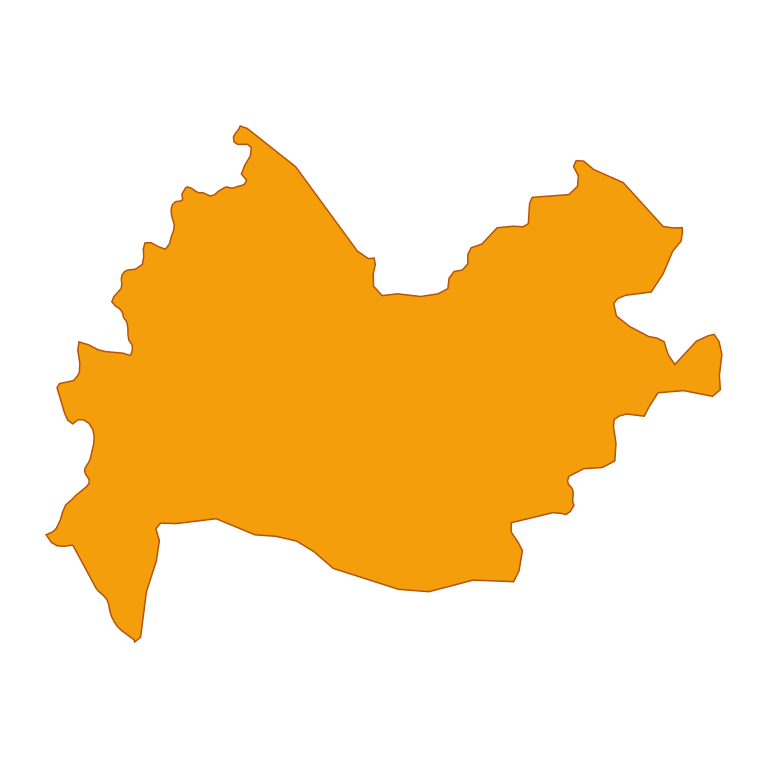 SVG path tracing the border of Kermanshah
{"feature_id": "IRN-3239", "entity_name": "Kermanshah", "entity_type": "Province", "adm_level": 1, "iso_a3": "IRN", "parent_name": "Iran", "parent_adm1": "", "projection": "orthographic", "projection_center": [46.364, 34.459], "detail": "fine", "context": "isolated", "style": "filled", "palette": "amber", "viewbox_px": 768, "rotation_deg": 0, "n_neighbors": 0, "source": "natural_earth", "source_scale": "10m", "svg_char_len": 3036}
<svg xmlns="http://www.w3.org/2000/svg" viewBox="0 0 768 768"><path d="M237.6,144.4L234.0,141.9L233.4,136.9L235.6,133.0L238.8,129.2L240.2,126.0L247.2,128.4L295.7,166.8L357.3,251.0L368.3,258.6L374.2,258.1L375.3,264.7L373.2,273.9L373.6,286.2L382.1,295.6L397.5,293.8L420.7,296.5L438.1,293.8L447.9,288.6L449.0,278.3L454.1,271.5L462.4,270.0L467.8,263.8L467.8,254.7L471.1,247.8L481.8,244.1L497.1,227.8L513.0,226.2L523.1,226.8L528.3,223.7L529.6,203.4L532.2,197.4L568.8,194.6L577.5,186.4L578.3,175.8L573.5,166.6L576.2,160.6L583.7,161.1L593.8,169.6L623.2,182.6L663.2,226.6L674.3,228.0L682.2,227.6L682.4,232.4L681.1,241.1L672.8,251.0L663.0,274.0L651.2,292.0L625.5,295.3L617.4,298.7L613.7,303.6L616.4,316.0L629.5,326.4L648.6,336.5L657.1,338.1L664.1,341.7L668.1,354.6L674.8,364.5L696.4,341.2L708.2,335.8L714.1,334.4L719.1,341.8L721.9,354.5L719.4,375.2L720.3,389.7L712.5,396.3L683.5,390.6L658.0,392.8L648.7,407.4L644.3,416.2L626.5,414.0L619.1,416.1L614.2,419.5L613.5,426.5L616.0,443.4L614.8,460.9L602.3,467.5L583.8,468.7L569.0,476.2L567.5,480.7L568.2,483.7L569.7,485.7L571.5,487.6L572.8,490.1L573.3,493.7L572.7,499.6L573.0,502.9L574.0,505.3L570.3,511.4L565.9,514.6L561.6,513.4L552.8,512.7L511.3,522.7L511.3,532.2L518.5,542.9L522.4,550.7L519.0,570.9L513.6,581.7L473.0,580.1L428.8,591.7L398.4,589.3L333.2,568.4L314.1,551.8L296.7,541.1L275.8,536.3L254.9,534.8L216.1,518.7L175.9,523.6L160.6,523.1L155.8,528.7L159.4,540.6L156.4,560.7L146.4,591.8L140.6,637.1L134.7,642.0L133.8,639.6L121.6,630.6L117.6,626.7L114.1,621.6L111.5,616.5L109.8,610.9L108.7,604.6L106.9,599.4L103.5,595.6L99.5,592.2L96.1,588.3L73.3,546.0L72.8,545.5L72.3,545.3L71.6,545.2L64.0,546.3L57.2,545.8L51.4,542.4L46.1,534.8L51.6,532.4L54.2,530.6L56.3,528.4L60.4,519.8L62.7,511.8L65.7,504.9L72.0,499.4L75.9,495.3L86.4,486.8L89.1,483.3L89.1,479.8L87.6,477.1L85.7,474.4L84.5,470.8L85.1,468.0L88.8,462.1L90.1,459.3L93.6,444.3L94.2,436.5L92.8,429.4L88.9,423.3L83.6,419.8L77.9,419.8L72.7,423.9L67.9,420.3L64.7,413.5L57.0,387.7L59.5,383.6L73.1,380.7L74.9,379.0L76.6,377.1L78.1,374.8L79.4,372.4L79.8,363.1L77.8,350.4L78.9,341.9L88.9,344.9L97.7,349.7L105.6,351.6L123.3,353.2L129.0,355.2L130.5,354.9L131.6,352.9L132.3,349.6L132.4,346.2L131.6,344.2L128.8,340.1L128.0,334.8L127.9,328.9L127.1,323.0L126.1,320.8L124.8,319.3L123.5,317.4L122.8,314.0L121.9,311.5L120.0,309.2L117.7,307.4L115.6,306.2L111.8,301.8L113.8,296.7L121.0,288.6L121.8,285.0L121.3,278.7L122.1,274.9L124.7,271.4L127.9,270.0L135.2,269.3L142.4,264.4L143.7,256.8L143.3,248.9L145.0,242.9L150.9,242.6L155.5,245.1L158.5,246.7L165.4,249.2L169.4,244.0L171.4,236.3L173.6,230.6L174.3,224.8L171.9,216.7L171.2,212.3L171.3,208.2L172.5,204.6L175.3,201.9L177.0,201.4L180.6,201.0L182.1,200.2L182.6,198.8L181.9,194.9L182.2,193.5L185.8,187.6L187.5,186.9L191.3,188.2L196.7,191.8L199.3,192.9L202.6,192.6L210.3,196.0L214.4,194.9L218.1,191.4L225.0,187.3L227.6,187.0L232.1,188.3L238.7,186.1L241.8,185.5L244.6,184.0L246.6,180.2L241.4,174.0L244.8,165.2L250.4,155.8L251.3,147.5L247.5,144.3L237.6,144.4Z" fill="#f59e0b" stroke="#b45309" stroke-width="1.5"/></svg>